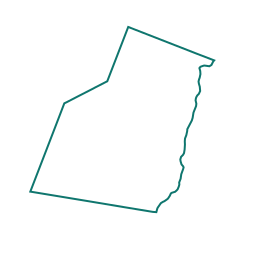 Assunção do Piauí, Piauí, Brazil (Robinson projection), rotated 21°
{"feature_id": "56859067B20016792285726", "entity_name": "Assunção do Piauí", "entity_type": "district", "adm_level": 2, "iso_a3": "BRA", "parent_name": "Brazil", "parent_adm1": "Piauí", "projection": "robinson", "projection_center": [-40.956, -5.876], "detail": "fine", "context": "isolated", "style": "outline", "palette": "teal", "viewbox_px": 256, "rotation_deg": 21, "n_neighbors": 0, "source": "geoboundaries", "source_scale": "gbopen_adm2", "svg_char_len": 1081}
<svg xmlns="http://www.w3.org/2000/svg" viewBox="0 0 256 256"><g transform="rotate(21 128 128)"><path d="M184.2,34.0L165.4,34.0L92.0,33.6L92.0,40.5L91.9,91.8L82.5,102.3L81.6,103.4L69.4,117.0L61.5,125.9L59.7,127.8L59.7,149.1L59.7,150.3L59.6,222.4L82.9,217.6L117.9,210.4L153.2,203.2L155.1,202.8L181.3,197.4L184.6,196.4L184.2,192.5L184.4,191.3L185.6,186.4L187.1,184.4L188.2,183.3L189.9,180.8L190.6,179.6L191.3,176.5L191.5,173.7L192.1,172.8L194.8,170.7L195.7,169.0L196.3,167.5L196.4,164.6L196.2,162.4L195.3,160.5L195.3,156.5L194.3,152.1L194.2,146.6L194.0,144.8L193.2,144.0L191.0,142.8L189.0,140.2L188.1,138.6L187.9,135.9L189.0,133.4L189.3,131.4L188.6,127.9L187.1,123.1L185.8,120.1L185.0,117.4L185.0,113.8L184.4,109.8L183.8,107.8L184.9,98.1L184.7,95.3L183.6,90.1L183.7,83.2L183.1,80.8L181.2,78.0L180.8,76.2L180.7,74.9L181.0,72.8L181.9,70.8L182.1,67.6L180.2,63.7L178.3,61.2L177.2,59.3L176.9,57.2L176.9,55.4L176.3,51.7L175.0,48.9L173.2,46.5L173.7,44.9L175.4,43.4L176.7,42.4L178.2,42.0L181.8,41.2L183.3,39.3L183.7,35.4L184.2,34.0Z" fill="none" stroke="#0f766e" stroke-width="2"/></g></svg>